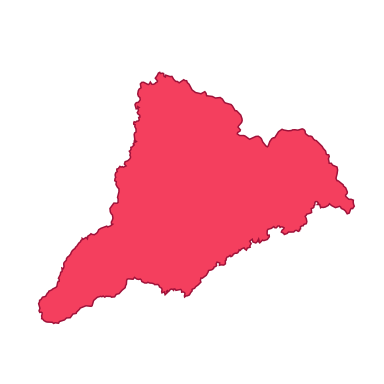 outline of Monte Alegre de Goiás, Goiás, Brazil, rotated 176°
{"feature_id": "56859067B90093071005547", "entity_name": "Monte Alegre de Goiás", "entity_type": "district", "adm_level": 2, "iso_a3": "BRA", "parent_name": "Brazil", "parent_adm1": "Goiás", "projection": "natural_earth1", "projection_center": [-46.903, -13.311], "detail": "fine", "context": "isolated", "style": "filled", "palette": "rose", "viewbox_px": 384, "rotation_deg": 176, "n_neighbors": 0, "source": "geoboundaries", "source_scale": "gbopen_adm2", "svg_char_len": 5988}
<svg xmlns="http://www.w3.org/2000/svg" viewBox="0 0 384 384"><g transform="rotate(176 192 192)"><path d="M31.6,172.6L33.7,173.6L36.1,173.8L39.0,177.0L39.0,178.1L37.4,179.7L37.0,181.1L38.4,185.4L40.4,187.3L40.7,188.6L45.2,192.8L46.5,193.2L47.0,194.3L47.4,195.7L46.0,200.0L45.2,203.8L45.6,206.8L49.9,209.0L51.0,210.9L53.1,211.1L53.6,215.6L52.6,218.0L53.1,219.6L54.6,219.8L55.4,220.4L55.9,223.6L58.0,226.3L59.0,228.4L64.4,234.6L65.8,235.0L67.0,236.2L68.5,238.9L69.8,239.5L71.8,239.7L74.1,241.7L74.9,243.0L74.9,244.7L75.5,245.9L76.5,246.8L77.7,247.3L82.1,246.3L84.9,246.9L87.2,247.0L88.6,246.4L91.8,246.3L96.4,247.5L97.8,248.3L101.5,246.1L105.7,240.4L107.1,240.4L108.7,239.6L110.9,236.9L112.8,232.6L113.7,231.8L115.0,232.7L117.9,236.9L119.0,240.1L119.9,241.4L122.0,243.0L124.4,243.0L130.9,240.6L135.1,244.1L136.4,244.7L140.6,245.0L142.8,246.8L142.3,248.2L140.0,249.3L139.4,250.6L141.6,253.6L140.9,254.7L137.7,257.9L137.0,259.6L137.0,261.6L138.0,265.3L141.8,269.9L143.3,270.1L145.7,275.0L146.9,276.5L152.7,278.6L153.7,279.7L155.2,282.6L157.3,284.3L162.1,284.1L165.1,285.9L170.7,287.0L171.1,289.5L172.2,291.2L176.2,289.4L181.5,291.0L184.8,293.8L187.4,299.7L189.0,301.4L189.6,303.4L191.2,303.6L192.4,304.6L197.2,301.8L198.9,303.3L200.6,303.5L202.4,305.6L203.9,308.7L205.9,308.7L210.0,310.4L210.5,308.6L211.7,309.2L212.1,312.2L213.3,312.6L215.2,312.4L215.8,313.6L217.2,313.0L218.6,310.6L220.7,308.1L218.6,305.1L219.5,303.8L220.5,303.6L221.6,302.5L223.0,302.1L224.5,302.2L225.9,304.6L226.8,303.0L228.2,302.2L232.5,304.8L234.4,304.9L236.0,303.4L235.6,299.5L237.6,298.3L238.5,296.8L239.3,293.5L238.8,291.3L237.4,289.9L237.2,287.6L239.2,285.2L240.8,285.1L242.1,284.4L242.8,283.0L241.9,278.8L240.1,279.4L239.8,276.7L241.1,275.0L240.3,273.4L238.8,272.2L238.7,270.4L240.0,270.1L239.6,267.7L240.6,266.6L242.2,266.5L243.6,265.5L244.8,266.1L245.4,264.8L245.3,263.5L244.1,263.1L244.5,261.2L243.5,259.0L243.6,255.8L245.1,254.9L245.7,253.3L245.4,247.7L243.9,246.2L245.1,245.7L246.0,246.7L246.3,245.0L247.3,244.1L246.4,243.0L248.8,241.0L249.9,240.8L249.8,239.1L250.5,237.8L251.7,237.1L250.7,235.2L251.4,233.0L250.9,231.9L251.0,230.4L251.8,229.3L254.0,227.6L256.6,226.9L257.5,224.6L256.0,222.6L258.8,221.5L259.7,222.2L261.0,221.8L262.1,222.6L263.9,220.5L265.4,220.1L265.5,218.8L265.1,217.6L266.6,216.7L267.4,215.0L267.5,213.6L267.1,211.9L267.8,210.9L268.3,208.6L266.8,207.6L267.3,204.7L266.0,201.9L264.7,200.3L264.8,197.5L266.7,191.7L266.2,190.4L266.5,186.7L267.6,186.0L270.7,186.4L275.0,181.3L274.9,177.9L274.1,176.0L273.0,174.6L272.7,171.5L273.4,169.5L274.6,167.6L274.5,165.8L273.4,165.4L275.6,163.9L278.6,163.0L279.4,163.9L285.5,162.1L287.7,160.9L288.9,158.7L290.1,157.5L292.4,156.2L294.7,156.7L295.7,157.4L296.8,156.4L299.0,155.2L299.6,152.6L300.8,154.1L303.8,152.5L304.8,153.4L304.9,152.2L306.1,151.5L306.7,150.2L308.5,148.9L310.8,145.9L312.0,145.1L312.7,143.7L314.1,143.0L315.6,141.7L316.7,140.1L317.4,138.5L319.6,136.3L320.7,135.8L321.8,134.4L322.1,132.7L324.5,130.6L325.0,129.2L324.9,126.5L325.7,124.5L327.1,125.2L327.0,123.6L327.2,121.7L328.6,121.1L329.1,118.8L331.3,115.2L330.5,114.0L330.7,112.3L331.7,112.2L332.4,111.0L333.4,107.2L334.5,106.3L337.7,105.0L338.8,104.1L341.8,103.0L342.3,101.8L343.4,101.1L345.3,98.1L348.5,97.5L350.2,95.2L351.6,94.6L351.8,93.0L352.8,91.3L351.8,86.6L352.9,84.1L352.2,82.5L350.9,82.7L349.9,81.9L350.1,80.3L350.7,78.9L350.5,77.3L350.8,76.1L349.8,75.7L348.7,74.1L346.8,72.8L345.7,72.4L340.5,71.8L339.1,70.5L337.7,71.1L334.3,70.4L333.3,72.0L328.1,73.3L326.0,75.1L322.2,75.1L319.3,78.6L316.0,79.0L315.5,80.2L312.4,82.9L311.6,84.0L305.7,85.9L300.6,85.0L299.6,85.5L297.7,90.6L293.8,93.6L290.4,94.3L289.2,93.8L287.9,94.4L286.3,93.2L285.2,94.0L280.5,93.5L279.7,92.7L276.5,92.8L274.7,95.2L271.9,95.7L268.6,98.9L265.4,101.2L264.8,103.2L263.9,104.6L263.4,108.2L262.9,109.4L261.5,109.8L256.8,109.1L255.3,110.8L253.1,109.0L251.3,108.5L249.7,108.8L248.8,108.0L248.3,106.2L245.4,104.5L243.5,104.4L242.3,105.0L240.4,104.1L238.6,103.9L236.6,103.2L235.7,102.2L232.5,102.1L231.4,101.0L231.1,99.6L229.0,98.1L228.7,96.5L229.2,94.9L229.0,93.5L226.5,94.2L226.0,91.4L223.5,93.5L224.4,94.4L223.5,95.4L222.4,94.4L221.4,95.1L220.5,96.3L219.4,96.6L218.2,96.3L217.2,95.2L216.6,96.6L215.4,96.1L214.9,95.0L210.0,95.6L209.3,94.6L209.3,92.8L207.6,92.9L206.4,92.1L206.1,91.0L206.8,89.0L206.7,87.8L205.3,88.7L203.7,88.8L201.8,89.5L200.3,91.8L198.8,93.3L198.7,94.9L196.1,95.8L194.9,97.3L192.3,98.9L189.4,101.5L189.8,103.2L189.1,105.5L187.7,105.3L183.6,107.9L181.4,111.2L181.0,112.5L177.7,113.0L175.8,114.2L175.3,115.5L173.3,116.2L172.6,117.0L172.9,118.6L171.9,120.3L169.3,119.3L169.7,117.0L168.2,117.3L165.4,116.9L163.7,118.0L163.5,121.2L162.6,121.8L162.6,123.1L161.6,124.6L160.0,125.0L158.5,126.1L157.7,124.8L156.0,125.6L155.2,127.0L153.3,127.9L151.6,127.8L150.6,128.2L149.3,129.8L149.0,131.0L147.9,130.4L146.7,131.7L144.0,132.7L143.0,131.1L141.8,130.2L140.7,132.2L137.8,132.9L138.1,134.2L136.6,136.4L137.9,138.9L135.2,140.7L134.7,137.9L131.9,136.7L130.4,137.8L128.8,140.5L128.5,138.9L128.8,137.5L128.0,136.5L125.0,139.1L123.7,138.5L120.2,139.4L118.0,141.9L118.0,143.6L119.6,143.5L120.0,145.3L119.6,148.4L118.8,149.5L115.4,150.2L112.8,151.8L111.8,150.5L110.4,150.4L108.6,152.1L107.3,152.0L106.6,150.5L105.7,151.1L104.1,150.8L102.6,149.8L103.1,148.8L104.8,147.6L105.7,145.8L103.4,144.3L102.9,143.2L100.0,144.0L98.6,145.3L93.3,145.0L91.7,146.4L90.2,146.4L88.8,145.3L87.4,145.9L87.4,147.2L86.3,147.6L86.2,149.8L84.6,150.6L83.5,150.5L82.6,151.9L80.2,152.4L79.5,154.4L79.9,157.6L80.8,159.9L79.7,160.8L79.0,161.9L75.9,162.5L74.1,163.2L74.2,167.1L72.4,167.6L71.4,168.5L71.3,169.9L70.4,170.6L70.1,173.1L69.3,173.8L67.9,173.7L66.6,172.0L67.8,170.8L65.5,170.5L64.8,167.3L63.8,167.8L62.3,167.4L60.1,167.7L57.0,169.1L55.7,170.7L53.8,168.8L50.0,166.4L45.7,167.4L44.8,166.6L44.2,165.2L41.7,163.8L40.3,162.4L38.7,159.4L36.6,160.0L35.2,163.3L34.3,164.5L32.9,164.2L31.1,166.5L31.7,168.5L31.9,170.7L31.6,172.6ZM240.1,279.4L240.1,280.9L238.9,280.0L240.1,279.4Z" fill="#f43f5e" stroke="#9f1239" stroke-width="1.5"/></g></svg>